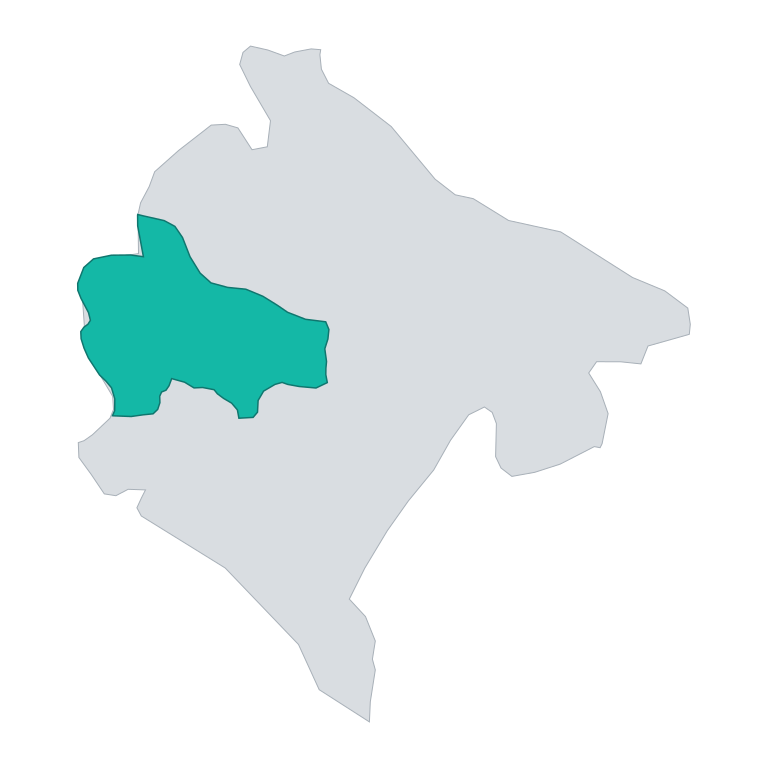 Nikšic on a map of Montenegro (Natural Earth projection)
{"feature_id": "MNE-1514", "entity_name": "Nikšic", "entity_type": "Municipality", "adm_level": 1, "iso_a3": "MNE", "parent_name": "Montenegro", "parent_adm1": "", "projection": "natural_earth1", "projection_center": [18.786, 42.872], "detail": "fine", "context": "in_parent", "style": "filled", "palette": "teal", "viewbox_px": 768, "rotation_deg": 0, "n_neighbors": 0, "source": "natural_earth", "source_scale": "10m", "svg_char_len": 2208}
<svg xmlns="http://www.w3.org/2000/svg" viewBox="0 0 768 768"><path d="M320.7,49.7L319.9,54.7L321.4,69.2L328.6,83.3L354.0,97.8L391.2,126.5L435.1,179.2L455.2,194.8L473.3,198.7L508.6,220.5L533.2,225.9L560.7,231.9L632.5,277.5L664.8,290.9L687.8,308.1L690.3,324.3L689.3,334.3L648.0,346.0L640.9,363.9L620.8,361.8L596.6,361.7L588.7,373.0L600.4,391.7L608.1,413.6L602.1,443.7L600.1,447.7L594.3,446.6L560.2,464.1L534.8,472.3L511.9,476.4L501.0,468.0L495.6,456.6L496.4,423.6L492.2,412.4L484.4,407.0L468.7,414.8L450.5,440.3L433.7,470.0L408.3,501.0L387.3,530.7L364.8,568.1L349.3,599.1L365.5,616.6L375.3,641.0L372.4,659.2L375.3,669.9L370.3,701.8L369.4,721.9L319.2,689.7L298.5,644.5L225.2,568.0L141.3,516.0L136.9,507.8L141.5,497.8L145.5,489.9L128.1,489.3L115.9,495.7L104.3,493.9L91.2,474.4L78.9,457.5L78.3,442.6L84.0,440.7L92.4,434.8L110.0,418.2L113.5,409.5L112.7,396.4L88.0,354.8L84.5,327.8L81.0,277.6L86.2,265.7L95.3,259.9L138.5,253.6L138.0,214.5L140.6,202.8L149.2,186.6L154.7,171.7L178.7,150.4L211.2,125.1L225.4,124.3L237.9,127.9L252.0,149.7L267.3,146.8L270.5,120.7L250.4,86.4L239.7,64.5L243.0,52.4L250.5,46.1L267.8,50.0L284.3,56.0L294.7,52.0L311.2,48.9L320.7,49.7Z" fill="#d9dde1" stroke="#a8b0b8" stroke-width="1"/><path d="M143.4,256.7L137.7,225.9L137.6,215.4L137.7,214.5L143.4,215.9L164.2,220.6L174.9,226.4L182.5,237.5L190.0,256.7L200.1,273.1L211.0,282.9L227.6,287.4L245.8,289.2L251.9,291.7L262.9,296.3L277.4,305.3L287.6,312.3L305.5,319.3L325.7,321.8L328.9,329.5L327.9,339.0L324.8,348.8L326.5,361.3L326.5,361.9L325.9,368.3L325.8,374.6L327.3,382.6L316.0,388.0L299.2,386.5L287.7,384.4L282.1,382.4L275.0,384.4L263.6,391.1L258.1,400.5L257.5,412.2L253.1,417.4L238.9,418.2L237.4,409.9L231.6,403.1L223.6,398.4L217.4,393.8L214.1,389.7L202.6,387.5L194.0,387.9L184.6,382.2L171.7,378.6L169.0,385.8L166.0,390.2L161.6,392.0L159.7,396.2L159.9,402.7L157.7,409.4L153.1,413.8L146.3,414.5L143.2,414.8L131.2,416.5L113.1,415.8L112.5,415.7L114.7,410.6L114.8,398.9L111.5,387.8L106.0,381.2L99.5,374.9L88.4,358.0L84.1,348.3L81.1,338.7L80.8,331.6L84.0,327.1L88.0,324.2L90.4,320.3L88.5,312.6L81.0,298.4L77.8,290.3L77.7,283.3L83.8,267.5L93.5,258.9L111.4,255.2L130.4,255.0L143.4,256.7Z" fill="#14b8a6" stroke="#0f766e" stroke-width="1.5"/></svg>